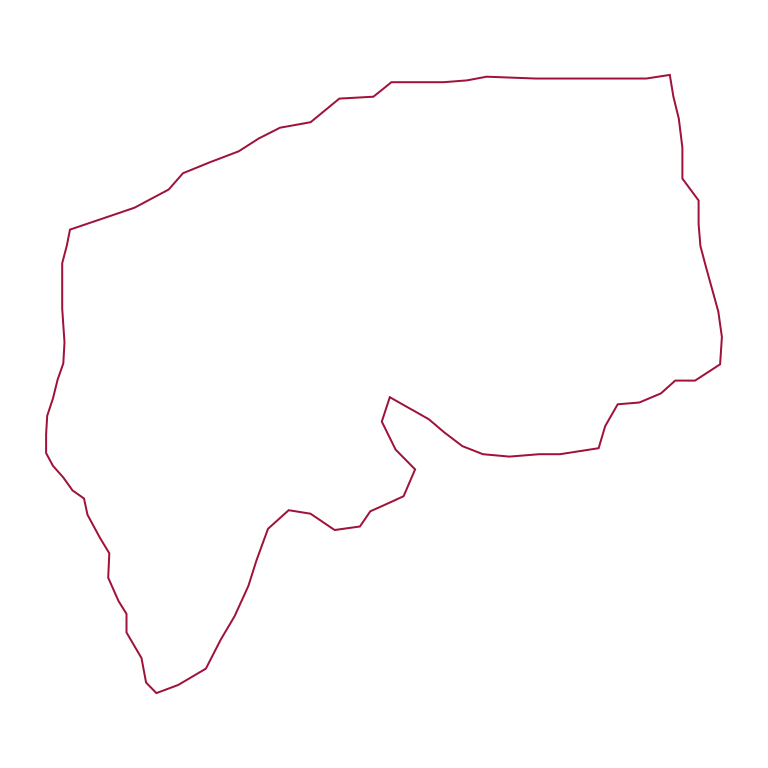 Mandres, Cyprus (Natural Earth projection)
{"feature_id": "46923920B48793600754585", "entity_name": "Mandres", "entity_type": "district", "adm_level": 2, "iso_a3": "CYP", "parent_name": "Cyprus", "parent_adm1": "", "projection": "natural_earth1", "projection_center": [33.81, 35.343], "detail": "fine", "context": "isolated", "style": "outline", "palette": "rose", "viewbox_px": 768, "rotation_deg": 0, "n_neighbors": 0, "source": "geoboundaries", "source_scale": "gbopen_adm2", "svg_char_len": 1222}
<svg xmlns="http://www.w3.org/2000/svg" viewBox="0 0 768 768"><path d="M70.0,229.6L66.8,245.7L62.2,263.2L62.2,279.5L62.2,294.7L62.2,308.6L63.3,324.9L64.5,342.4L63.3,363.4L57.6,379.7L53.0,398.3L47.2,415.8L46.1,434.4L46.1,453.1L53.0,465.9L63.3,477.5L72.5,490.4L84.0,498.5L87.5,514.8L100.1,538.1L109.3,553.3L108.2,577.7L118.5,601.0L126.5,613.9L126.5,632.5L141.5,658.1L146.1,682.6L156.4,693.1L178.3,684.9L205.9,668.6L220.8,639.5L234.6,616.2L248.4,585.9L256.5,560.3L268.0,528.8L288.7,510.2L310.5,513.7L334.6,530.0L359.9,526.5L370.3,511.3L391.0,502.0L403.6,496.2L415.1,469.4L395.6,449.6L381.8,421.6L389.8,397.2L408.2,407.6L428.9,419.3L443.9,432.1L462.3,446.1L482.9,454.2L509.4,456.6L539.3,454.2L560.0,454.2L598.6,448.2L599.2,446.3L605.2,426.1L617.7,404.3L639.3,402.5L660.9,393.4L675.2,380.6L695.0,380.6L720.1,364.3L721.9,337.0L718.3,311.5L705.7,266.0L700.4,246.0L698.6,224.1L698.6,200.5L682.4,178.6L682.4,147.7L678.8,118.6L673.4,96.7L669.8,74.9L646.5,78.5L615.9,78.5L572.8,78.5L535.1,78.5L486.6,76.7L466.8,80.4L443.5,82.2L420.1,82.2L391.4,82.2L373.4,96.7L339.3,98.6L310.6,122.2L280.0,127.7L258.5,138.6L238.7,151.3L210.0,162.2L183.0,173.2L168.7,189.5L134.5,207.7L70.0,229.6Z" fill="none" stroke="#9f1239" stroke-width="2"/></svg>